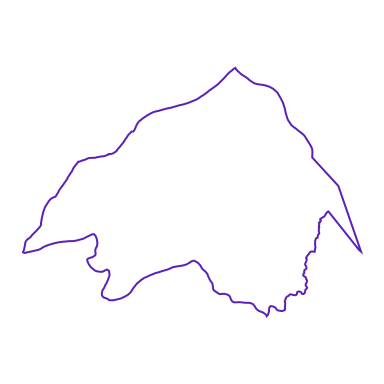 the district of Afuá, Brazil
{"feature_id": "56859067B62888902552010", "entity_name": "Afuá", "entity_type": "district", "adm_level": 2, "iso_a3": "BRA", "parent_name": "Brazil", "parent_adm1": "", "projection": "mercator", "projection_center": [-50.76, -0.237], "detail": "fine", "context": "isolated", "style": "outline", "palette": "violet", "viewbox_px": 384, "rotation_deg": 0, "n_neighbors": 0, "source": "geoboundaries", "source_scale": "gbopen_adm2", "svg_char_len": 5969}
<svg xmlns="http://www.w3.org/2000/svg" viewBox="0 0 384 384"><path d="M361.0,251.6L338.8,187.3L338.3,185.9L314.4,159.9L312.2,157.4L312.3,155.8L312.4,151.1L312.0,148.6L311.0,146.3L309.7,144.1L305.1,136.7L303.7,134.9L300.3,132.0L299.5,131.6L298.2,130.6L296.3,128.9L293.9,127.2L292.0,125.7L291.3,125.0L288.2,120.3L287.4,118.6L285.6,112.5L284.9,108.8L283.0,102.8L281.0,98.8L279.6,96.4L277.9,93.4L277.1,92.3L274.2,89.7L272.7,88.5L270.3,87.2L268.2,86.3L264.0,85.1L261.1,84.6L260.2,84.6L259.4,84.5L254.9,83.5L253.0,82.5L249.5,80.2L248.3,79.0L245.9,77.2L242.4,75.0L240.4,73.6L239.5,72.5L237.8,71.2L237.2,70.4L236.0,69.3L235.4,67.9L233.6,68.9L231.5,70.8L230.4,71.6L229.3,72.4L227.1,74.7L223.9,78.3L217.9,84.3L216.0,85.8L212.2,88.5L209.6,90.3L207.9,91.7L205.0,94.0L203.8,94.7L203.1,95.4L201.6,96.1L198.7,98.2L196.6,99.4L194.0,100.6L192.8,101.0L188.2,102.9L183.4,104.4L182.0,104.7L178.5,105.5L175.0,106.6L173.5,106.9L171.8,107.5L166.0,108.7L164.0,109.3L161.4,110.0L158.8,110.8L156.8,111.2L153.4,112.1L150.1,113.7L149.3,114.2L147.0,115.5L143.7,117.8L142.1,118.9L141.3,119.7L139.7,120.8L138.4,122.2L137.1,124.0L135.9,126.6L135.3,128.2L134.1,130.6L133.2,131.6L131.4,131.6L130.6,132.7L128.9,134.2L127.3,136.4L126.6,137.7L125.7,138.8L123.2,142.6L119.5,147.2L118.0,148.8L116.6,150.9L115.7,151.7L114.0,152.8L112.7,153.5L111.7,153.8L109.8,154.2L108.6,154.0L107.9,154.8L104.4,156.1L103.1,156.3L101.1,156.5L97.0,157.2L95.7,157.7L94.7,157.8L92.9,157.8L89.5,158.0L88.7,158.1L87.2,158.7L85.3,159.6L83.4,160.2L82.2,160.5L80.3,161.3L79.4,161.7L78.2,161.7L77.3,163.2L76.4,164.1L73.4,168.1L71.9,171.3L67.7,177.5L67.5,178.4L67.1,179.2L65.6,181.3L63.9,183.6L62.9,185.2L61.9,186.4L59.5,189.7L57.7,193.2L56.8,194.4L56.2,195.8L55.1,196.8L53.0,197.5L51.0,198.8L50.0,199.7L49.5,200.3L48.6,201.3L48.2,202.2L46.9,204.1L45.1,207.0L44.8,207.7L43.7,210.8L42.9,213.0L42.8,214.1L41.7,218.7L41.5,220.4L41.0,222.9L41.0,223.9L40.9,225.0L40.4,226.2L39.4,227.4L36.7,230.5L32.4,234.7L30.4,237.2L27.1,239.7L26.3,240.6L25.7,241.6L25.3,242.8L24.9,245.5L24.5,247.4L24.1,249.3L23.8,250.2L23.0,252.2L24.2,253.0L31.6,251.4L33.7,250.9L36.0,250.4L36.9,250.2L38.5,249.8L40.8,248.8L43.3,247.1L44.8,246.4L48.0,245.1L49.6,244.6L50.7,244.3L53.7,243.4L55.9,242.9L58.8,242.3L61.4,241.9L64.0,241.6L66.0,241.5L68.3,241.2L70.7,241.1L71.7,241.1L72.9,241.1L74.8,240.9L78.2,240.1L80.0,239.6L83.4,238.7L86.1,237.2L89.4,235.6L91.2,234.7L92.7,234.2L93.8,234.1L95.5,235.8L96.7,238.7L97.4,242.9L97.2,244.5L97.1,246.0L96.6,246.8L95.9,248.1L95.5,249.2L95.2,250.9L95.6,253.1L95.5,254.7L95.0,255.5L92.3,257.2L91.1,257.5L88.9,258.2L88.1,258.6L87.3,259.4L87.2,260.4L87.9,262.3L88.7,264.1L90.7,267.0L92.0,268.1L92.6,268.6L94.9,270.5L96.4,271.2L98.7,271.6L101.6,271.9L103.4,271.3L104.3,270.8L107.0,269.5L108.9,270.8L109.3,272.9L109.6,275.0L108.5,278.3L108.0,279.8L106.6,283.1L105.5,284.7L104.1,287.9L103.2,289.2L102.7,289.9L102.3,290.9L101.8,293.6L101.8,294.4L102.0,295.1L102.7,296.5L103.2,297.1L104.4,297.7L106.7,298.5L107.8,299.0L109.2,300.2L113.1,300.3L114.7,299.9L116.3,299.6L119.3,298.9L121.9,298.1L122.5,297.6L123.9,297.1L126.3,295.7L127.6,295.1L130.5,292.4L131.2,291.5L133.2,288.3L136.9,283.6L139.3,281.6L140.1,280.8L140.9,280.4L141.4,279.7L142.3,279.2L144.0,278.0L148.9,275.9L150.4,275.1L151.3,274.8L155.4,273.1L156.3,272.9L157.2,272.6L158.7,272.3L159.6,271.9L160.8,271.6L161.7,271.2L162.8,271.0L163.7,270.6L167.1,269.7L168.1,269.3L169.0,269.0L169.7,268.6L170.6,268.3L171.6,267.7L173.4,267.1L174.4,267.0L175.2,266.7L179.6,266.0L181.4,265.7L183.3,265.4L185.0,264.8L186.2,264.6L188.2,263.4L189.3,262.9L190.5,261.9L191.7,261.2L193.2,260.8L194.2,260.8L194.9,261.0L196.9,262.3L198.0,262.9L200.4,265.5L201.0,266.7L202.3,268.9L205.3,271.5L207.1,273.5L208.2,276.3L209.6,279.3L210.6,281.0L212.1,283.0L212.4,283.9L212.8,285.8L213.0,288.2L213.3,289.3L213.8,290.2L216.0,291.9L217.0,292.5L219.1,293.9L220.2,294.2L221.9,293.9L223.7,293.9L224.9,293.9L227.1,294.5L229.1,295.6L229.7,296.3L230.2,297.2L231.0,299.6L231.8,300.7L232.2,301.3L233.0,301.9L234.0,302.3L236.0,302.3L239.3,302.2L241.3,302.3L245.3,302.8L248.3,302.8L250.2,303.0L251.3,303.4L252.9,304.1L253.9,305.2L254.8,306.4L255.3,307.2L256.1,308.6L257.5,310.0L259.0,310.9L261.4,311.9L263.2,312.6L265.6,314.4L266.5,315.3L266.7,316.1L267.8,315.0L268.5,313.1L268.8,312.1L269.0,310.5L269.1,308.9L269.3,307.8L269.7,307.0L270.6,306.1L272.1,306.3L273.0,306.5L273.9,306.8L275.9,308.2L276.6,309.4L277.2,310.0L278.2,310.5L279.0,310.6L282.1,311.1L283.5,310.5L284.5,310.2L285.2,309.0L284.8,307.4L285.0,306.4L285.1,305.5L285.2,304.0L285.2,303.1L284.8,302.0L284.9,300.9L285.4,299.7L285.5,298.9L285.9,298.2L286.4,297.3L287.0,296.6L288.3,296.0L289.0,295.3L289.9,294.4L291.4,294.4L293.7,295.1L295.6,295.2L296.3,294.9L296.8,294.1L297.0,293.2L297.2,292.1L298.2,291.6L299.0,291.5L300.1,291.7L301.1,292.2L301.9,293.7L302.8,294.1L303.8,293.8L304.8,292.9L305.4,289.8L306.4,288.9L307.1,287.8L306.6,286.8L305.7,285.6L305.7,284.2L306.3,283.1L306.7,282.0L307.0,281.2L307.0,280.4L306.5,279.3L305.9,278.7L305.9,277.9L305.5,277.0L304.6,276.6L303.9,276.1L303.3,275.5L303.3,274.7L303.5,273.7L304.3,273.0L304.2,272.1L304.2,271.1L304.5,270.2L305.3,269.5L306.2,268.8L306.5,267.8L306.3,267.1L306.1,266.3L305.7,265.7L305.3,265.0L305.1,264.1L305.3,263.3L305.9,262.3L306.2,261.5L306.5,260.4L306.8,259.1L306.1,258.2L306.2,257.5L307.2,255.9L308.3,254.6L309.1,253.7L309.9,252.2L311.0,251.6L312.8,251.5L314.6,251.8L314.9,250.5L315.1,249.1L315.2,248.2L315.5,247.5L315.3,246.6L315.2,245.7L315.3,245.0L315.0,244.2L315.1,243.2L315.1,242.0L315.2,240.6L315.6,239.8L315.8,238.5L316.7,237.9L317.5,237.8L317.8,236.4L317.9,235.2L318.4,234.4L319.1,233.8L319.2,232.5L318.9,231.5L318.8,230.6L318.8,229.8L318.9,228.9L318.9,227.8L319.3,227.1L318.8,226.2L319.1,225.5L319.1,224.7L319.4,223.8L318.9,222.7L320.4,221.8L320.9,220.5L320.1,219.9L320.4,218.8L321.4,218.3L322.3,217.6L323.2,217.1L324.2,216.6L324.8,215.8L325.5,214.6L325.9,213.7L326.4,213.1L326.9,212.5L327.5,211.9L328.5,211.5L359.1,250.0L361.0,251.6Z" fill="none" stroke="#5b21b6" stroke-width="2"/></svg>